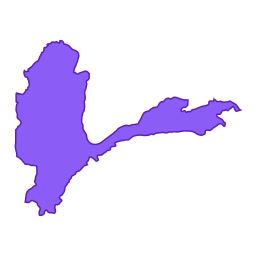 the Province of Badakhshan
{"feature_id": "AFG-1760", "entity_name": "Badakhshan", "entity_type": "Province", "adm_level": 1, "iso_a3": "AFG", "parent_name": "Afghanistan", "parent_adm1": "", "projection": "orthographic", "projection_center": [71.727, 36.958], "detail": "fine", "context": "isolated", "style": "filled", "palette": "violet", "viewbox_px": 256, "rotation_deg": 0, "n_neighbors": 0, "source": "natural_earth", "source_scale": "10m", "svg_char_len": 5691}
<svg xmlns="http://www.w3.org/2000/svg" viewBox="0 0 256 256"><path d="M236.2,111.2L235.7,110.9L233.4,106.5L232.7,106.5L230.7,108.5L229.5,108.8L229.2,109.4L228.3,110.5L227.9,110.6L227.6,110.5L226.7,109.8L224.1,110.5L222.6,110.6L222.1,110.9L221.2,113.0L220.7,113.8L220.0,114.2L219.1,114.4L217.3,114.2L216.7,114.5L216.6,115.6L217.4,116.8L218.9,117.8L221.8,119.2L222.6,120.1L223.9,122.2L224.9,122.6L225.2,123.0L225.2,123.8L224.8,126.1L224.1,126.3L223.1,125.5L222.1,124.2L221.0,123.8L220.0,123.8L218.1,124.4L217.0,125.5L213.2,128.0L211.0,129.9L209.9,130.4L206.9,130.1L206.1,130.3L205.5,130.8L205.2,131.6L205.0,133.6L204.6,134.2L201.9,135.2L200.5,135.2L197.8,134.4L193.9,132.1L192.5,131.5L189.7,131.0L183.5,130.9L177.5,132.0L174.6,131.6L171.5,132.1L169.3,132.0L167.0,132.8L166.4,132.9L162.9,132.4L156.0,133.2L155.2,133.5L153.6,134.6L152.9,134.5L151.5,134.0L150.4,134.3L149.3,134.9L147.9,135.3L143.8,135.5L140.0,135.0L136.9,135.3L133.9,136.0L131.7,137.2L128.8,139.7L127.9,139.9L125.8,139.8L123.9,140.4L121.8,140.6L117.7,141.5L115.7,142.4L114.9,143.0L114.8,143.7L115.5,144.8L115.8,145.8L115.0,146.2L112.3,146.6L110.6,147.3L110.2,147.8L110.5,148.8L110.4,149.3L109.7,150.0L107.8,150.5L106.8,151.0L106.1,151.8L103.9,153.1L102.1,154.7L101.3,155.0L98.3,155.2L97.4,155.8L97.4,157.7L98.2,159.2L98.3,160.0L97.8,160.6L97.1,160.9L96.3,161.0L95.6,160.7L94.3,159.2L91.6,157.4L90.7,157.0L89.8,157.1L89.3,157.6L88.4,160.3L88.0,160.9L86.8,162.1L86.6,163.0L87.4,164.6L86.5,165.1L84.4,165.7L83.7,166.2L80.1,170.2L79.2,170.9L76.2,171.9L76.0,172.3L75.7,173.5L75.4,174.1L71.7,176.2L71.5,176.7L71.2,177.9L71.0,178.4L69.5,179.9L69.0,180.8L69.2,181.7L67.9,182.9L66.4,185.4L65.4,186.4L65.2,186.8L65.0,187.4L64.5,190.7L64.1,191.8L62.1,195.0L60.1,196.0L59.9,196.4L59.5,197.8L59.7,198.4L59.9,198.8L61.0,199.4L61.6,200.0L61.8,200.4L61.8,200.8L61.5,201.2L60.1,202.4L59.2,204.0L57.5,204.8L55.9,204.6L55.4,205.0L54.8,206.4L54.9,207.5L54.9,208.2L55.2,209.1L55.5,211.3L55.3,212.0L54.7,213.1L53.7,213.2L51.3,212.6L49.6,212.8L48.3,212.3L46.4,210.0L45.9,210.1L45.4,210.4L44.6,211.5L44.4,212.0L44.3,213.4L43.8,214.1L42.4,215.0L41.1,215.4L39.5,215.2L39.3,214.4L39.2,212.1L39.6,210.7L40.2,209.1L40.2,208.2L39.6,207.3L37.6,205.0L37.2,203.0L36.7,202.4L34.1,201.4L32.8,200.6L32.2,200.5L31.7,200.6L30.8,200.9L29.1,202.3L28.0,202.6L25.1,202.0L25.4,201.3L25.8,197.8L26.0,196.8L26.2,194.2L27.2,191.7L27.8,191.1L28.5,190.0L29.7,189.4L31.8,188.2L33.5,186.4L35.9,185.2L36.1,184.9L36.2,184.4L35.9,183.7L34.7,181.9L34.6,180.9L35.3,179.9L35.3,178.6L36.1,175.6L36.8,174.5L37.0,172.9L36.8,166.8L36.3,166.0L35.4,165.6L33.8,165.4L31.7,165.5L28.7,164.5L27.1,164.2L25.8,164.4L25.3,164.1L24.6,163.5L21.5,159.6L18.9,157.5L17.0,156.5L16.8,156.2L16.7,155.7L16.8,153.1L16.1,151.0L15.4,147.3L15.4,145.2L15.7,142.7L15.8,129.6L17.2,128.5L17.5,127.4L18.2,126.3L19.4,125.8L20.0,125.4L20.2,124.5L21.3,122.7L20.3,120.8L19.6,119.9L17.9,118.6L17.5,118.0L17.2,117.3L17.4,114.2L16.2,110.7L16.1,109.1L16.4,105.9L16.8,104.4L17.9,102.8L17.5,102.4L16.4,102.2L16.2,101.6L16.1,94.4L16.4,93.3L16.9,93.6L18.4,93.9L18.1,93.4L19.3,93.7L20.7,94.2L22.1,94.5L23.4,94.0L25.0,92.0L25.3,91.8L26.1,89.6L27.3,89.6L27.6,89.3L27.9,88.5L27.9,87.5L28.9,86.3L29.3,84.6L29.2,83.8L28.7,81.3L29.0,80.6L28.1,79.6L27.8,78.8L27.7,78.0L27.4,77.5L25.4,76.8L24.7,75.5L24.1,73.8L23.9,72.1L24.4,70.6L25.3,71.4L26.3,71.6L27.4,71.4L28.5,71.1L28.1,70.6L28.0,70.1L28.2,69.1L29.5,68.6L30.0,67.8L31.5,67.0L33.6,64.3L35.6,62.2L36.1,61.9L37.7,61.2L38.1,60.7L38.7,59.8L39.9,56.6L41.3,54.0L41.7,52.6L43.4,51.9L44.0,49.9L44.0,48.2L44.2,47.7L44.6,47.5L45.6,47.6L46.1,47.3L47.7,46.2L48.0,45.5L47.1,44.8L47.2,44.4L48.0,43.9L50.6,43.6L51.5,42.3L52.3,42.1L53.7,42.1L55.2,42.5L56.0,41.8L56.5,41.7L58.4,42.7L59.4,42.9L59.9,42.3L59.8,41.0L60.1,40.6L61.2,40.6L62.3,41.1L63.2,42.0L63.8,43.5L64.1,44.0L64.6,44.4L65.8,44.2L67.6,45.0L69.4,46.3L72.1,49.2L75.9,50.8L77.4,51.8L78.5,53.5L78.8,56.1L78.5,57.4L77.7,59.9L77.4,61.6L76.5,63.2L75.9,65.6L74.5,68.1L74.2,69.6L73.8,70.9L73.7,71.5L73.9,72.3L74.1,72.4L74.9,72.4L76.7,73.8L77.6,74.2L79.4,73.1L84.9,71.2L86.6,71.3L87.9,72.2L89.3,73.9L89.0,74.3L89.2,76.3L89.1,77.7L89.0,78.7L88.3,79.7L86.6,80.8L86.2,81.9L86.8,84.3L86.2,86.6L85.8,89.0L84.9,90.6L84.7,93.1L85.3,97.7L84.9,100.1L84.3,101.4L84.2,102.2L84.5,104.4L84.6,106.8L84.5,108.0L84.2,108.8L84.2,110.4L82.5,113.3L82.6,114.7L82.3,115.2L82.0,116.1L81.7,118.4L81.6,121.9L81.7,122.6L82.7,124.5L82.9,125.2L82.9,127.5L83.0,128.8L83.4,129.8L86.0,134.1L86.5,135.3L86.8,137.9L87.2,139.1L88.3,141.2L89.8,142.8L91.8,143.9L94.0,144.4L96.2,144.4L98.5,143.9L100.3,143.2L113.7,133.1L114.9,131.8L116.4,130.9L118.0,128.9L119.8,127.6L124.4,125.7L126.5,125.3L129.7,125.8L131.2,125.0L138.1,123.9L138.5,123.4L138.8,122.3L140.7,119.2L142.8,114.7L144.1,112.8L145.9,111.7L148.1,111.2L149.2,110.8L150.2,109.6L153.5,107.6L156.8,107.2L157.7,106.5L158.2,105.7L159.0,104.0L159.7,103.1L161.4,101.7L161.8,101.6L162.8,101.9L163.3,101.7L165.5,99.3L166.2,98.7L167.1,98.4L168.3,98.2L169.3,98.4L170.1,98.8L170.9,99.0L173.7,97.4L175.8,97.3L181.3,99.2L184.5,100.0L186.5,99.9L188.1,100.1L187.8,102.0L187.8,104.5L187.6,105.3L186.8,106.2L186.0,106.9L185.4,107.3L183.6,107.5L182.6,107.8L181.7,108.7L181.1,109.8L181.4,111.1L182.1,111.5L184.0,110.8L185.0,110.9L186.3,112.3L186.8,112.3L187.6,111.7L188.0,111.5L189.7,111.7L190.4,111.6L192.1,109.9L193.0,109.6L195.0,109.3L197.6,108.1L198.5,107.8L201.9,106.5L207.0,105.3L208.1,104.8L208.9,103.8L209.0,101.8L209.7,101.0L210.9,101.0L212.2,101.3L213.4,101.1L213.9,99.5L214.1,100.3L214.6,99.9L215.2,99.9L215.6,100.1L216.3,101.2L216.8,101.4L218.6,101.6L220.3,101.3L223.4,102.2L228.4,101.8L229.7,101.0L235.7,104.4L237.0,105.8L239.3,109.3L240.6,110.0L237.0,111.1L236.2,111.2Z" fill="#8b5cf6" stroke="#5b21b6" stroke-width="1.5"/></svg>